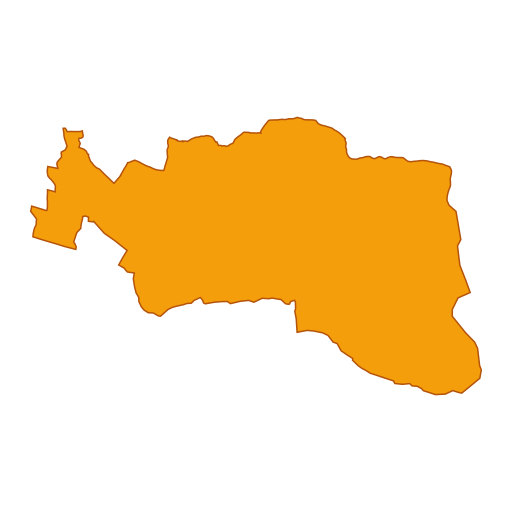 Dobarlau, Covasna, Romania
{"feature_id": "2599482B41369855432730", "entity_name": "Dobarlau", "entity_type": "district", "adm_level": 2, "iso_a3": "ROU", "parent_name": "Romania", "parent_adm1": "Covasna", "projection": "orthographic", "projection_center": [25.881, 45.721], "detail": "fine", "context": "isolated", "style": "filled", "palette": "amber", "viewbox_px": 512, "rotation_deg": 0, "n_neighbors": 0, "source": "geoboundaries", "source_scale": "gbopen_adm2", "svg_char_len": 5948}
<svg xmlns="http://www.w3.org/2000/svg" viewBox="0 0 512 512"><path d="M461.8,393.1L479.8,378.3L481.3,369.9L479.6,365.5L477.6,348.4L474.6,342.1L465.5,332.7L452.3,316.3L452.3,309.5L458.0,297.9L470.2,292.5L465.4,279.4L459.9,265.4L459.2,260.0L457.5,245.9L460.8,239.6L456.0,211.4L449.0,205.2L447.1,200.8L447.0,198.8L447.2,196.6L447.8,193.4L449.1,189.2L449.8,187.6L450.4,185.9L450.5,184.9L450.5,183.2L450.2,178.8L451.2,174.3L451.5,171.7L451.4,170.5L450.9,169.1L450.6,168.4L449.9,167.6L449.8,166.8L444.7,165.0L442.6,164.1L442.0,164.0L438.9,163.5L436.2,162.9L433.0,162.1L430.4,161.8L427.6,161.0L425.2,160.7L422.8,160.5L419.8,160.7L416.8,161.1L414.1,161.3L411.2,161.7L409.4,161.6L407.5,161.1L403.4,157.9L402.1,157.6L396.9,157.5L394.8,157.3L392.9,156.8L391.8,156.7L390.8,156.7L388.0,157.5L387.2,157.9L386.1,158.6L385.0,158.8L383.9,158.5L382.5,157.8L381.3,157.1L380.0,156.7L379.1,156.7L378.3,156.9L376.8,157.7L375.0,158.5L374.4,158.6L373.6,158.5L372.6,158.2L371.8,157.8L370.6,157.0L370.0,156.6L369.3,156.5L368.5,156.5L367.3,156.5L365.7,156.7L362.8,157.6L361.8,157.8L359.7,158.0L358.1,158.8L355.9,159.2L352.7,159.0L351.2,158.7L349.5,157.7L348.3,156.3L346.8,153.4L346.5,151.2L346.5,149.2L346.2,148.3L345.6,147.1L345.8,145.8L345.8,145.1L345.9,144.5L346.1,144.0L346.1,142.9L345.2,140.4L345.0,139.3L345.0,138.8L345.3,138.5L343.6,136.8L340.5,133.9L338.8,132.5L336.6,131.1L333.8,129.6L332.9,128.7L331.8,128.1L329.4,127.3L325.2,126.0L322.6,125.4L321.6,125.2L318.5,123.8L317.0,122.2L315.8,120.5L315.0,120.2L313.7,120.1L312.3,119.9L305.9,119.8L304.1,119.6L302.9,119.1L302.1,118.6L300.9,118.2L299.4,118.1L297.4,117.4L293.3,118.7L290.9,118.8L289.8,118.7L288.7,118.8L286.8,119.3L284.1,119.6L282.3,119.3L281.4,119.4L280.5,119.5L277.9,119.8L276.6,120.0L275.5,119.9L273.5,120.0L270.0,120.1L268.6,120.5L264.8,125.1L262.0,129.2L260.9,131.1L260.5,132.1L260.9,133.1L259.3,132.9L257.7,132.8L257.0,133.1L255.4,133.0L251.3,132.9L249.9,132.9L249.0,132.4L246.5,132.3L245.5,132.3L244.3,132.2L243.5,132.5L242.5,133.2L241.8,133.9L240.5,135.0L238.1,136.7L236.9,137.7L235.9,138.5L235.2,139.2L234.6,139.9L234.2,140.8L233.9,141.5L233.3,142.6L232.7,143.3L232.1,143.6L230.6,144.2L229.4,144.8L228.7,145.6L227.6,146.1L226.5,146.3L225.1,145.9L223.7,145.7L221.8,146.0L220.9,145.4L218.9,145.4L218.5,145.5L218.0,144.3L217.1,142.5L216.9,141.9L215.8,142.1L214.9,140.9L213.4,138.4L212.5,137.3L211.9,136.9L210.4,136.3L208.7,135.8L206.1,135.6L204.3,136.2L201.0,136.2L199.0,136.9L196.1,137.3L195.2,137.4L194.3,137.9L192.0,138.7L187.3,141.5L186.1,141.1L185.4,141.2L185.0,141.0L183.9,141.0L183.0,141.7L182.6,140.9L182.0,141.1L180.8,141.3L179.7,141.3L179.3,141.3L176.8,140.4L177.0,140.0L173.8,138.9L173.0,138.6L170.9,138.0L169.6,137.2L169.3,137.6L169.3,137.8L168.4,139.0L168.2,139.4L168.0,139.7L167.8,140.4L167.7,141.3L167.7,142.0L167.7,143.1L168.2,145.1L168.3,145.6L168.2,147.1L168.1,147.3L167.3,149.1L167.2,149.6L167.1,150.2L167.1,151.2L167.4,155.0L167.6,156.7L167.6,157.4L167.2,159.0L165.7,163.9L165.3,165.2L164.9,166.1L164.9,166.7L163.8,170.5L161.0,170.4L158.2,170.1L157.0,169.9L154.7,169.2L152.7,168.4L150.4,167.2L147.9,166.4L146.9,166.0L145.7,165.5L144.8,165.0L143.7,164.5L138.6,161.7L134.8,160.2L130.5,161.8L129.0,162.5L128.2,162.6L127.6,162.7L127.6,163.0L127.2,163.7L125.6,166.6L124.2,168.7L122.9,171.1L120.5,175.3L120.7,175.5L118.6,178.0L114.0,183.3L112.8,182.3L110.5,180.0L107.9,177.4L106.1,175.8L104.3,174.1L103.5,173.2L101.9,171.6L101.7,171.5L99.8,169.4L99.2,169.0L97.2,168.1L96.4,167.6L94.4,165.9L93.7,165.2L92.3,163.3L90.8,161.6L90.4,161.0L90.0,160.1L89.6,158.8L88.8,156.8L88.6,156.2L88.5,155.7L88.5,155.3L88.6,154.4L87.6,153.8L87.3,153.6L87.0,153.0L86.8,152.2L86.5,151.6L85.9,150.9L85.1,150.2L84.5,149.6L83.9,149.2L83.0,148.9L81.6,148.4L79.0,147.4L79.7,145.0L80.0,144.1L80.2,143.5L79.9,142.6L79.4,141.5L78.9,140.4L78.7,139.7L78.7,139.0L79.0,138.3L79.3,138.2L79.9,138.3L81.2,138.1L82.0,137.7L82.8,137.1L83.1,136.3L83.1,135.6L82.3,130.9L80.6,131.5L76.9,131.6L70.8,131.5L67.1,131.6L66.7,130.7L66.4,130.0L65.2,128.2L63.1,128.3L63.2,129.2L63.8,132.6L63.9,133.7L63.9,134.9L64.1,136.4L64.6,138.8L65.6,141.7L66.2,143.6L67.1,146.4L67.0,146.5L66.2,147.8L66.1,148.3L65.7,149.3L65.1,149.9L63.5,150.9L61.4,152.0L61.1,153.3L61.3,153.4L61.4,154.2L61.4,155.7L61.5,157.2L58.3,160.7L57.2,162.3L57.0,162.9L56.9,164.4L57.8,168.4L47.8,166.5L47.6,168.1L47.2,170.6L47.3,172.1L47.6,174.4L48.0,176.1L49.7,178.3L50.8,179.2L52.9,181.7L54.6,184.1L55.1,185.1L55.4,186.5L55.2,189.7L55.2,191.8L47.5,189.8L47.4,190.9L47.6,192.0L47.4,194.2L47.2,198.8L47.4,201.1L47.4,206.8L47.1,209.7L46.9,210.3L46.0,210.5L31.7,206.1L30.7,211.4L33.7,215.2L35.6,217.8L36.4,219.0L36.6,220.0L36.2,221.3L36.1,221.9L36.3,222.6L36.1,224.8L34.5,228.1L33.9,230.2L33.2,233.7L32.9,236.8L42.0,239.7L49.1,241.8L56.3,243.9L64.2,246.4L75.8,249.4L76.2,246.9L75.1,244.1L73.7,242.0L76.8,232.6L80.8,228.4L80.9,226.2L81.5,222.9L82.4,219.3L82.8,216.5L85.7,216.0L88.5,217.2L88.4,221.3L93.3,221.9L93.7,221.4L101.0,229.6L104.3,233.3L114.3,240.3L127.1,250.4L122.5,258.0L118.7,265.0L124.3,268.2L125.5,270.0L127.5,272.0L134.3,273.0L133.3,278.8L134.6,287.0L136.1,292.9L138.7,297.3L138.9,301.6L141.4,306.9L144.1,310.1L148.2,312.7L153.3,313.0L158.4,315.9L160.5,316.2L168.1,309.4L172.1,307.5L176.1,306.3L183.3,304.7L186.8,303.5L191.3,303.2L194.1,300.4L200.3,297.5L202.7,300.3L203.5,302.9L205.2,303.8L214.5,302.2L221.8,301.6L227.3,301.5L230.5,303.6L240.2,301.3L248.6,300.4L253.9,302.2L262.1,298.3L268.8,298.7L272.1,298.1L281.1,299.6L285.5,303.7L288.2,304.3L289.6,304.0L290.6,301.6L294.6,300.3L295.4,302.1L295.6,308.7L294.8,311.2L296.2,318.7L297.1,332.3L307.2,330.4L313.7,331.0L322.5,332.8L328.0,335.4L333.1,342.1L337.2,343.6L341.1,350.8L347.5,355.2L349.5,356.4L352.0,358.0L352.8,358.7L352.5,360.2L358.3,365.8L362.0,368.4L365.6,370.3L370.1,373.2L393.5,380.9L394.8,383.5L402.3,384.3L409.7,383.6L412.1,385.9L417.3,386.3L421.5,388.6L423.4,390.7L430.6,393.0L435.4,394.6L445.3,394.1L452.8,390.6L458.7,392.5L461.8,393.1Z" fill="#f59e0b" stroke="#b45309" stroke-width="1.5"/></svg>